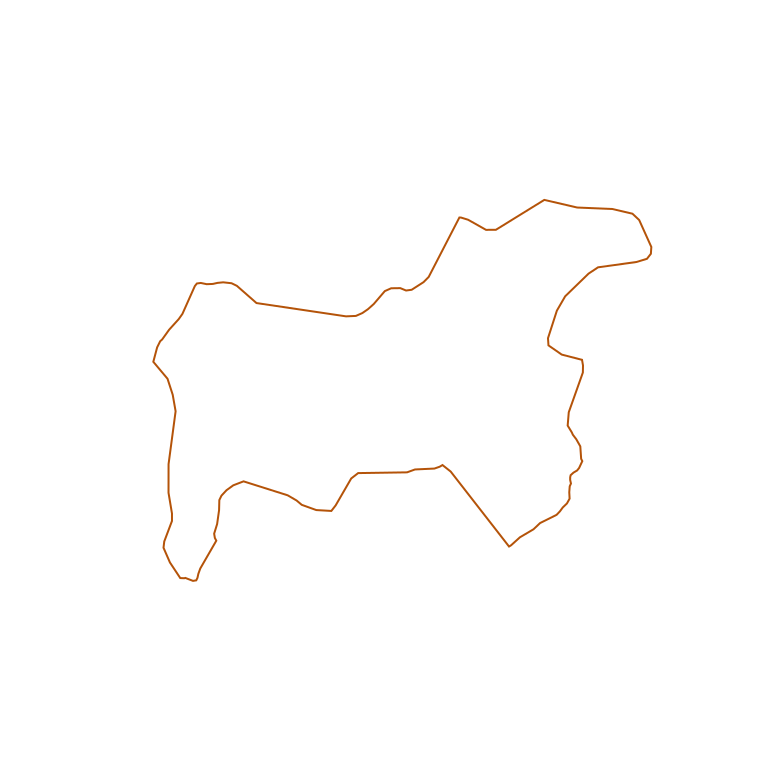 Yazd, Natural Earth projection, rotated 28°
{"feature_id": "IRN-3217", "entity_name": "Yazd", "entity_type": "Province", "adm_level": 1, "iso_a3": "IRN", "parent_name": "Iran", "parent_adm1": "", "projection": "natural_earth1", "projection_center": [55.694, 32.497], "detail": "fine", "context": "isolated", "style": "outline", "palette": "amber", "viewbox_px": 768, "rotation_deg": 28, "n_neighbors": 0, "source": "natural_earth", "source_scale": "10m", "svg_char_len": 1653}
<svg xmlns="http://www.w3.org/2000/svg" viewBox="0 0 768 768"><g transform="rotate(28 384 384)"><path d="M233.4,372.4L318.7,342.1L327.2,337.1L331.6,331.5L334.7,325.5L337.4,318.2L341.1,301.6L345.4,296.1L353.4,291.7L359.6,291.1L364.2,287.8L371.1,275.5L373.2,268.5L372.4,201.8L372.4,201.6L373.8,200.9L381.1,199.5L401.7,200.0L410.4,195.3L439.1,146.2L471.7,137.5L503.4,122.3L523.4,117.0L532.3,119.4L555.7,137.5L558.5,143.7L557.4,150.0L549.7,157.7L518.2,180.5L512.8,190.5L502.8,221.5L502.2,238.1L507.3,266.6L511.1,272.7L527.1,274.6L547.5,269.7L551.0,274.2L554.2,280.5L560.4,322.2L565.7,334.5L572.6,338.6L574.5,340.1L579.7,342.5L586.6,346.9L593.2,357.5L595.3,359.0L595.7,366.6L595.1,369.7L592.9,373.3L591.6,376.9L592.2,379.0L593.4,381.3L595.8,384.1L596.0,387.1L598.4,392.6L601.7,398.1L601.6,403.6L599.8,409.1L599.1,413.9L597.8,418.5L587.1,433.5L584.2,442.1L576.0,455.5L571.9,466.8L570.7,468.8L484.0,430.0L473.7,428.1L472.0,430.9L468.2,435.0L451.5,444.9L445.8,451.2L403.0,474.8L399.4,482.8L398.3,513.9L397.1,520.8L383.4,527.1L368.1,529.3L361.5,527.9L351.2,527.5L305.7,535.9L298.5,544.2L294.8,551.7L292.9,558.9L293.1,563.8L297.6,572.8L302.4,586.0L304.3,595.9L306.9,599.3L309.5,601.1L308.4,633.2L309.2,638.8L310.3,642.7L310.4,645.5L307.8,647.5L299.6,648.5L298.8,649.3L295.2,651.0L278.8,642.1L266.2,632.1L263.9,626.2L261.1,604.5L257.6,597.9L244.8,581.2L231.4,555.9L212.8,505.9L202.5,492.7L190.4,481.0L169.9,472.7L166.5,458.2L166.3,451.3L167.2,448.9L168.8,436.9L172.3,423.0L173.1,416.7L171.0,386.3L171.6,383.1L174.8,380.8L180.6,379.1L185.9,376.0L189.5,372.9L194.3,369.7L202.1,366.6L208.0,366.4L233.4,372.4Z" fill="none" stroke="#b45309" stroke-width="2"/></g></svg>